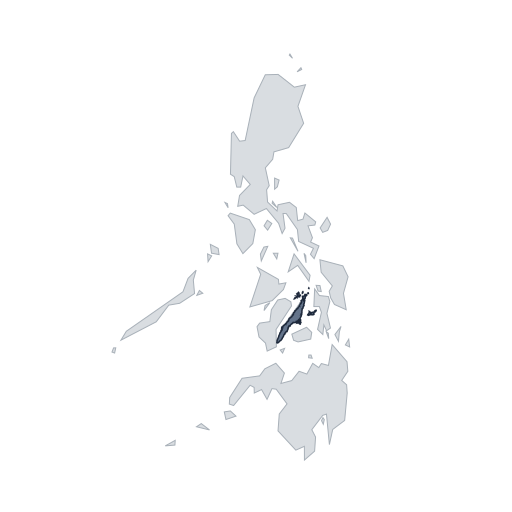 location of Cebu, Cebu, Philippines, rotated 12°
{"feature_id": "2640588B97548260432831", "entity_name": "Cebu", "entity_type": "district", "adm_level": 2, "iso_a3": "PHL", "parent_name": "Philippines", "parent_adm1": "Cebu", "projection": "robinson", "projection_center": [123.887, 10.469], "detail": "fine", "context": "in_parent", "style": "filled", "palette": "slate", "viewbox_px": 512, "rotation_deg": 12, "n_neighbors": 0, "source": "geoboundaries", "source_scale": "gbopen_adm2", "svg_char_len": 9169}
<svg xmlns="http://www.w3.org/2000/svg" viewBox="0 0 512 512"><g transform="rotate(12 256 256)"><path d="M239.9,73.8L258.4,82.9L268.8,78.2L265.9,100.9L275.0,116.3L265.4,143.2L251.9,150.4L252.2,157.9L246.8,167.8L254.3,184.5L252.6,189.0L256.1,200.8L267.2,207.6L266.9,201.3L277.6,196.5L285.3,200.2L289.4,212.7L294.3,210.2L294.9,203.8L307.3,210.2L307.1,213.5L300.6,215.7L307.4,226.4L306.5,231.0L315.5,233.1L313.4,246.5L308.9,243.0L310.6,236.5L294.7,232.9L291.0,221.5L276.8,208.2L273.6,208.8L278.6,222.8L276.9,228.6L271.3,219.3L256.3,207.4L245.5,215.6L232.9,208.9L227.8,211.2L227.3,200.2L235.5,187.2L226.6,180.4L226.7,191.8L222.9,192.6L218.2,182.9L214.0,181.3L206.5,141.2L208.0,139.1L216.1,147.1L221.4,145.3L221.3,101.7L227.4,76.8L239.9,73.8ZM348.9,326.8L367.0,340.5L369.8,349.7L365.7,359.9L371.4,363.1L373.7,371.1L376.9,398.4L367.1,409.7L367.0,425.2L357.8,396.0L354.4,398.0L346.7,414.3L351.9,420.7L353.9,434.7L345.8,445.5L342.9,432.1L335.3,437.6L313.9,422.5L311.6,405.7L317.1,394.2L303.5,382.1L299.2,382.4L296.6,393.9L289.2,385.5L282.8,390.4L281.5,384.9L277.1,383.7L265.2,406.9L260.7,406.4L259.7,399.8L267.8,378.5L284.5,372.5L288.1,364.5L297.7,356.8L308.1,364.6L306.9,375.5L316.9,370.4L322.1,359.8L330.3,360.9L333.8,349.2L340.6,352.1L342.3,347.6L349.6,348.0L348.9,326.8ZM294.8,340.6L286.7,346.7L283.4,339.2L275.8,334.6L271.7,324.9L273.5,320.9L283.2,317.3L282.2,305.4L286.4,294.5L293.3,291.4L299.6,293.5L301.1,297.5L290.9,323.7L294.8,340.6ZM343.0,247.6L350.4,257.2L349.3,274.3L355.4,289.8L342.8,287.1L337.8,281.5L334.9,275.3L336.9,269.4L323.1,258.3L319.3,246.4L343.0,247.6ZM259.7,266.9L282.8,274.2L284.2,278.7L290.8,276.0L289.8,283.1L281.1,296.3L260.6,307.1L264.4,272.9L259.7,266.9ZM172.1,341.1L141.4,366.4L144.8,356.6L192.0,306.2L194.2,292.0L200.4,282.3L199.7,292.6L203.7,305.5L191.2,318.1L180.9,322.2L172.1,341.1ZM221.9,219.4L241.9,221.8L249.9,230.4L250.3,244.5L242.7,256.4L234.8,248.1L228.1,229.3L220.3,222.4L221.9,219.4ZM326.3,281.5L335.2,280.6L337.7,285.2L337.3,297.4L343.8,311.0L340.6,314.4L336.7,309.3L337.7,318.9L331.5,315.0L331.7,297.5L328.5,292.3L323.1,293.4L320.2,276.0L326.3,281.5ZM296.1,335.5L296.5,320.8L312.9,283.4L312.0,308.4L304.4,316.1L296.1,335.5ZM326.8,325.9L315.0,331.3L310.3,330.6L307.3,325.0L320.3,315.2L326.4,319.1L326.8,325.9ZM292.8,246.0L312.9,263.6L313.1,269.8L298.7,256.5L290.8,264.8L292.8,246.0ZM320.8,216.1L316.3,219.0L312.9,215.2L317.5,203.4L322.3,209.3L320.8,216.1ZM269.7,416.8L260.6,422.2L257.4,415.1L263.1,412.9L269.7,416.8ZM208.9,254.1L217.4,256.4L219.6,262.3L211.9,262.5L208.9,254.1ZM259.7,218.7L264.7,220.9L262.0,228.3L257.6,224.8L259.7,218.7ZM237.3,431.3L246.7,435.8L233.3,435.4L237.3,431.3ZM354.4,322.3L349.5,316.4L353.8,307.2L353.3,312.8L354.4,322.3ZM265.5,244.1L262.2,259.7L259.9,253.2L261.9,245.6L265.5,244.1ZM215.3,453.1L216.0,457.8L206.7,460.6L215.3,453.1ZM262.8,176.9L262.5,183.9L260.3,186.8L258.0,175.9L262.8,176.9ZM279.3,298.7L275.2,307.7L275.2,302.5L279.3,298.7ZM212.6,265.1L210.3,271.5L208.2,264.0L212.6,265.1ZM327.2,277.2L324.0,277.4L320.9,272.2L324.7,271.6L327.2,277.2ZM276.9,248.7L276.9,254.5L272.4,249.7L276.9,248.7ZM366.5,325.5L361.9,324.4L364.0,318.1L366.5,325.5ZM288.0,230.9L296.1,242.7L285.8,231.1L288.0,230.9ZM211.7,303.5L206.3,306.8L207.8,301.5L211.7,303.5ZM303.2,340.4L302.2,345.4L299.2,342.9L303.2,340.4ZM304.6,245.3L306.4,252.2L302.4,243.4L304.6,245.3ZM137.9,380.3L135.1,379.9L135.8,375.5L137.9,375.0L137.9,380.3ZM332.2,344.3L328.6,344.6L328.3,341.9L330.4,341.4L332.2,344.3ZM356.8,406.6L354.3,403.4L355.1,400.2L356.8,401.8L356.8,406.6ZM217.2,210.7L218.7,214.6L214.5,210.1L217.2,210.7ZM342.8,316.5L344.3,321.7L340.4,315.4L342.8,316.5ZM261.9,64.0L257.9,67.3L260.8,62.5L261.9,64.0ZM266.3,204.2L260.8,201.1L260.9,199.0L266.3,204.2ZM247.2,51.4L250.6,55.0L246.8,52.6L247.2,51.4Z" fill="#d9dde1" stroke="#a8b0b8" stroke-width="1"/><path d="M313.5,283.1L313.0,283.3L312.6,283.3L312.4,283.6L311.9,283.5L311.8,284.0L311.6,284.8L310.5,285.9L310.5,286.8L310.7,287.3L311.0,287.7L310.8,288.1L310.8,288.3L310.9,288.7L311.1,289.0L310.6,288.7L310.4,288.2L310.3,289.4L309.4,290.3L309.9,291.2L310.1,291.0L310.2,291.4L310.1,291.7L310.2,291.9L309.9,292.3L310.0,292.6L309.7,292.8L309.7,293.2L309.4,293.2L309.5,293.4L308.6,295.9L308.8,296.1L308.6,296.1L308.6,296.6L307.8,297.7L307.9,298.0L307.7,298.3L307.8,298.6L307.7,298.9L306.9,299.2L306.7,299.6L306.7,300.0L305.7,301.5L305.4,301.7L305.6,302.3L305.1,303.4L304.7,303.6L304.7,304.0L304.5,304.3L304.5,305.1L304.6,305.3L304.8,305.6L304.3,306.1L304.1,306.1L304.2,306.6L303.8,306.8L303.8,307.2L303.6,307.4L303.6,308.0L303.0,308.3L302.8,308.8L302.8,309.0L302.2,309.4L302.1,309.7L301.7,309.9L301.5,310.1L301.4,310.6L301.5,311.1L301.3,311.4L301.4,312.3L301.2,312.8L301.1,312.7L300.7,313.2L300.1,314.3L299.7,315.6L299.1,316.2L299.2,316.5L298.9,316.4L298.6,317.1L298.1,317.5L297.9,318.1L297.5,318.1L297.2,318.3L297.0,319.2L297.1,319.7L296.8,320.3L296.9,320.6L296.6,320.6L296.6,320.9L296.6,320.5L296.4,319.9L296.1,320.0L296.0,321.3L296.3,321.7L296.5,321.6L296.9,322.5L296.8,323.2L296.5,323.7L296.1,323.5L296.0,324.0L296.2,324.3L296.1,325.0L295.5,325.9L295.3,328.0L295.0,329.0L294.9,329.9L295.0,330.2L294.3,333.6L294.2,334.7L294.4,335.4L294.4,336.5L295.1,336.6L295.7,336.2L296.3,335.4L296.8,334.3L297.8,333.5L298.5,332.1L298.8,331.2L298.7,331.1L298.9,330.4L299.4,329.4L299.4,329.0L299.6,328.5L299.6,327.5L299.9,326.9L300.3,326.7L300.1,326.3L300.3,325.9L300.3,325.4L300.9,325.1L301.0,324.2L301.2,323.8L301.7,323.5L302.1,323.4L302.1,323.0L302.0,322.7L302.5,321.2L302.4,321.3L302.4,320.9L302.5,320.4L302.4,320.2L302.2,319.9L302.5,319.4L302.4,318.9L302.6,318.2L302.9,317.9L302.9,317.4L303.3,317.2L303.5,317.3L303.4,317.5L303.9,317.4L303.9,316.8L304.1,316.2L305.0,314.7L305.3,314.7L305.8,314.2L306.0,313.3L306.9,313.0L307.8,313.1L308.5,312.7L308.9,312.1L309.0,311.5L309.6,311.5L309.7,311.3L310.4,310.6L310.8,310.6L311.2,310.3L311.3,310.0L311.1,310.0L310.9,309.5L311.1,309.4L311.2,309.5L311.2,309.3L311.2,309.8L311.6,309.8L311.6,309.7L311.7,309.8L311.6,309.7L311.9,309.5L312.2,309.1L312.5,308.9L312.0,308.5L311.9,308.0L312.2,307.4L312.2,307.1L312.7,305.6L312.6,305.2L312.8,304.1L312.6,304.1L312.5,303.9L312.5,303.6L312.7,303.4L312.5,303.5L312.6,303.3L312.4,303.1L312.7,302.9L312.7,303.2L312.7,302.8L312.6,302.5L312.6,301.7L312.2,299.8L312.3,299.0L312.0,298.2L312.2,297.9L312.7,297.4L312.8,297.1L312.6,296.2L312.7,295.8L312.9,295.7L312.9,295.2L313.3,294.6L313.0,293.8L312.8,293.8L312.7,293.3L312.7,293.1L312.7,292.8L312.9,292.6L313.0,291.9L312.9,290.1L313.0,289.7L312.2,289.6L311.9,289.8L311.8,289.5L312.0,289.1L311.8,289.2L311.6,289.1L312.1,287.9L312.3,287.7L312.5,287.8L312.6,287.2L312.8,287.1L312.8,285.4L313.1,284.7L313.4,284.5L313.7,284.0L313.3,283.8L313.5,283.4L313.5,283.1ZM322.9,299.3L322.2,299.7L321.9,300.2L321.7,301.0L321.8,301.1L321.5,301.4L321.3,300.1L320.6,299.6L319.8,299.6L319.6,301.4L318.9,302.3L318.8,302.9L319.8,303.1L320.3,302.4L320.6,302.5L320.8,302.2L321.1,302.3L321.5,302.0L321.5,301.4L321.8,301.5L321.7,301.6L322.0,301.9L323.0,301.9L324.1,301.6L324.8,301.1L324.8,300.5L324.4,300.3L324.1,299.9L322.9,299.3ZM304.7,286.5L305.0,286.6L304.9,286.6L305.1,286.6L304.8,287.0L305.0,287.4L305.7,286.9L306.5,287.1L307.1,286.9L307.0,286.4L306.3,285.6L305.8,283.8L305.9,283.6L305.5,282.9L305.1,282.7L304.7,284.0L304.4,284.1L304.6,284.2L304.4,284.1L304.3,284.6L304.2,284.6L304.1,284.8L304.1,285.0L304.4,285.2L304.7,286.1L304.7,286.5ZM313.0,310.3L312.3,310.9L312.1,310.9L311.8,310.7L311.6,310.3L310.5,310.9L310.3,311.1L310.3,311.5L310.2,311.4L310.3,311.5L310.1,311.7L310.0,312.1L310.1,312.3L310.3,312.1L310.2,312.7L310.6,312.9L310.7,312.7L310.8,312.9L310.7,312.7L311.1,312.4L311.2,312.6L311.5,312.4L311.7,312.1L311.7,311.9L312.1,311.6L312.6,310.9L313.0,310.5L313.0,310.3ZM326.2,296.9L326.0,297.0L326.2,296.9L326.1,296.6L325.5,296.8L325.1,297.2L324.4,298.3L324.3,298.6L324.5,299.0L325.4,298.5L325.9,297.7L325.8,297.3L326.2,296.9ZM313.7,311.6L313.1,311.9L313.3,312.0L313.2,312.1L312.9,312.0L313.1,312.2L312.8,312.4L312.7,312.4L312.4,312.9L312.7,312.6L312.6,312.9L313.0,312.9L313.1,312.7L312.9,312.5L313.2,312.5L313.1,312.8L313.3,313.0L313.5,312.4L313.4,312.4L313.8,311.8L313.7,311.6ZM309.3,281.2L309.0,281.7L309.0,282.5L309.1,282.8L309.4,282.5L309.5,281.4L309.3,281.2ZM307.4,285.1L307.2,285.3L307.2,285.7L307.4,285.8L307.6,285.4L307.4,285.1ZM303.1,288.6L303.0,288.8L302.8,288.8L302.7,289.1L302.8,289.4L303.2,289.1L303.4,288.6L303.1,288.6ZM310.0,285.7L309.8,285.8L310.0,286.3L310.1,285.8L310.0,285.7ZM314.3,276.3L314.2,276.6L314.4,276.8L314.5,276.8L314.5,276.5L314.3,276.3ZM296.4,322.9L296.2,323.3L296.4,323.4L296.5,323.0L296.4,322.9ZM314.7,281.9L315.0,281.8L314.8,281.3L314.6,281.4L314.8,281.6L314.7,281.9ZM302.8,289.5L302.5,289.6L302.4,289.9L302.7,289.8L302.8,289.5ZM303.7,288.2L303.5,288.4L303.5,288.6L303.7,288.2ZM304.4,287.6L304.4,287.9L304.6,287.9L304.6,287.7L304.4,287.6ZM313.2,313.1L313.1,312.9L313.0,313.1L313.2,313.1ZM304.3,287.4L304.3,287.6L304.2,287.5L304.4,287.6L304.3,287.4ZM313.0,313.6L312.9,313.4L312.8,313.6L312.7,313.7L313.0,313.6ZM319.8,299.1L320.1,299.4L319.9,299.1L319.8,299.1ZM303.0,287.0L302.9,287.0L303.0,287.2L303.0,287.0ZM306.7,285.0L306.8,285.1L306.7,285.0ZM309.8,312.5L309.8,312.8L309.9,312.7L309.8,312.5Z" fill="#64748b" stroke="#1e293b" stroke-width="1.5"/></g></svg>